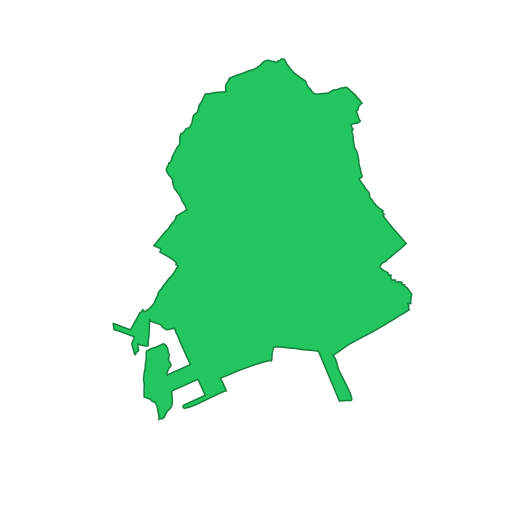 Fruntiseni, Vaslui, Romania, rotated 244°
{"feature_id": "2599482B75972445182391", "entity_name": "Fruntiseni", "entity_type": "district", "adm_level": 2, "iso_a3": "ROU", "parent_name": "Romania", "parent_adm1": "Vaslui", "projection": "mercator", "projection_center": [27.757, 46.208], "detail": "fine", "context": "isolated", "style": "filled", "palette": "green", "viewbox_px": 512, "rotation_deg": 244, "n_neighbors": 0, "source": "geoboundaries", "source_scale": "gbopen_adm2", "svg_char_len": 6129}
<svg xmlns="http://www.w3.org/2000/svg" viewBox="0 0 512 512"><g transform="rotate(244 256 256)"><path d="M423.5,280.8L421.3,278.3L419.6,276.0L418.4,274.9L417.9,273.4L416.2,270.7L413.6,268.7L411.2,266.6L409.7,261.4L406.6,258.8L403.8,256.9L401.1,253.4L400.6,252.3L401.0,249.0L399.4,246.0L398.6,243.8L398.8,241.8L395.7,239.3L390.4,236.6L389.2,235.2L388.4,233.1L382.7,225.2L380.9,223.2L380.3,222.9L378.3,220.8L377.6,219.0L377.9,218.6L376.4,217.3L374.1,214.1L373.4,213.6L371.8,212.8L371.3,212.8L366.5,213.2L363.7,214.2L361.2,214.2L359.2,213.9L359.4,213.7L358.8,213.4L355.3,212.6L353.0,212.3L343.8,213.9L340.4,213.9L338.7,213.7L334.0,214.1L333.1,214.3L332.1,214.4L330.4,214.3L327.8,213.9L326.8,201.8L325.2,200.4L324.0,199.0L323.3,197.8L322.7,196.0L320.6,191.9L318.3,187.9L318.1,186.5L317.1,183.9L310.1,168.8L309.1,169.5L308.3,169.9L308.1,170.4L307.3,171.2L306.2,171.8L305.3,173.0L304.6,173.5L304.1,173.5L303.8,173.3L302.4,172.0L301.5,171.4L301.2,171.4L300.4,172.6L299.4,172.9L295.4,175.8L290.3,179.0L287.3,180.6L284.4,181.5L283.6,180.2L281.3,181.6L278.4,177.2L275.6,172.5L275.1,171.5L273.7,167.5L272.6,165.2L271.9,164.2L270.1,160.2L268.1,156.8L266.9,153.9L265.7,152.1L265.0,151.3L263.9,150.6L262.1,148.2L258.2,143.6L257.5,142.4L256.3,139.3L255.4,136.5L255.1,134.9L254.9,132.9L254.9,131.3L257.4,130.7L255.6,127.7L256.1,127.1L244.7,110.8L252.4,103.4L257.1,99.1L257.8,98.0L254.6,96.9L252.0,96.2L249.1,99.4L236.8,111.1L234.5,109.0L232.5,106.9L231.9,105.9L220.7,103.8L220.3,104.2L220.5,104.9L221.6,105.6L222.2,107.6L222.3,108.9L223.8,109.5L226.8,110.3L228.0,110.8L228.5,111.2L226.5,113.4L224.3,116.2L222.5,119.1L222.8,119.7L225.0,121.0L226.3,121.6L232.0,125.3L241.9,130.6L244.2,131.7L245.1,132.4L244.7,132.4L243.9,132.6L243.2,133.1L236.9,139.3L235.1,140.4L234.4,140.7L232.9,140.8L229.6,142.7L228.6,143.8L227.5,148.3L227.0,150.7L226.9,150.9L225.4,151.0L222.7,150.6L216.0,150.6L213.0,150.1L187.2,149.4L188.0,124.0L188.3,124.0L189.8,124.6L190.3,125.1L192.7,127.8L193.5,129.0L194.3,131.1L194.7,131.5L196.3,132.0L197.3,132.1L199.6,131.8L201.0,131.9L202.6,132.7L205.3,134.8L208.4,135.0L210.4,135.8L212.5,136.0L215.0,135.9L216.6,135.2L217.7,134.4L217.9,126.2L218.7,122.0L218.6,116.1L217.3,114.9L213.8,113.3L209.8,111.0L208.1,109.5L205.4,108.3L199.4,103.9L193.7,100.4L190.9,99.8L188.5,98.8L184.3,96.4L182.1,95.6L180.7,94.6L179.6,94.3L179.1,94.3L178.3,93.7L174.2,97.6L172.6,98.6L171.3,98.8L168.4,101.1L165.1,101.2L163.3,100.9L154.8,98.6L152.9,97.9L151.7,97.1L151.8,97.9L151.6,99.0L150.9,99.8L151.1,102.6L153.6,105.5L155.5,108.8L156.3,111.4L157.1,113.0L159.0,115.3L163.0,117.7L166.3,118.8L171.6,121.2L170.6,149.6L167.8,149.7L164.8,149.6L153.1,149.3L153.6,125.5L153.2,124.9L152.5,124.4L151.6,124.2L150.2,125.0L150.0,128.4L149.4,128.8L148.7,136.8L148.5,163.5L148.2,168.7L148.1,169.8L147.9,170.1L149.7,170.4L158.7,170.5L161.5,170.1L161.7,171.2L161.7,172.7L161.1,179.6L160.9,185.4L160.3,193.6L158.6,208.8L157.5,215.6L156.0,222.6L155.7,223.6L155.4,224.0L155.2,224.0L155.9,224.8L160.4,227.2L162.0,228.3L165.9,231.5L166.0,231.8L165.4,234.2L164.4,236.5L163.0,239.0L159.5,244.2L155.7,250.7L150.7,257.8L148.0,262.7L143.1,270.4L89.1,267.4L85.4,276.4L84.7,277.1L84.5,277.5L84.7,278.8L85.2,279.2L86.3,279.8L91.2,280.5L102.2,280.7L116.3,280.4L120.0,280.8L124.6,281.8L128.3,282.3L132.9,281.8L133.8,288.3L135.3,297.0L135.7,299.9L136.0,304.8L136.4,315.5L136.7,326.6L137.6,340.6L138.1,344.1L138.8,353.6L139.3,356.9L140.0,366.0L140.6,370.3L141.3,370.2L143.3,370.6L144.0,371.4L144.9,371.7L146.5,371.5L146.7,372.4L145.5,373.8L145.3,374.2L145.4,374.4L146.6,374.6L150.7,377.2L153.5,379.3L161.2,377.9L162.4,377.0L163.5,376.6L163.9,376.5L165.0,376.9L165.6,375.6L166.0,375.1L166.7,374.8L167.4,375.0L167.8,375.5L168.6,375.6L168.8,375.1L169.5,374.1L170.3,373.2L170.3,372.8L169.8,372.2L170.1,371.5L172.7,370.3L173.7,370.5L174.0,369.1L174.7,368.1L175.4,367.4L177.7,367.7L178.6,368.1L179.0,368.9L179.8,368.8L180.0,368.6L180.1,367.7L180.6,367.2L181.6,366.9L182.5,367.2L183.0,367.2L184.5,366.3L186.5,364.7L188.2,363.8L190.4,362.8L192.4,362.5L193.2,364.0L194.1,366.3L194.3,367.8L194.3,370.6L194.4,371.1L195.0,371.9L195.5,373.3L195.6,374.4L195.8,375.5L198.0,383.9L199.3,389.6L201.4,396.5L224.7,390.3L236.9,387.7L237.0,389.5L240.7,388.8L240.9,390.1L245.2,387.6L248.7,386.1L250.7,385.9L251.5,385.4L252.8,385.3L253.5,385.0L256.3,384.9L256.7,384.1L257.3,384.2L259.1,384.2L260.3,384.3L261.7,385.0L263.0,385.3L264.1,385.3L268.5,384.0L269.8,384.0L279.7,382.4L280.0,382.5L280.2,382.9L280.5,385.4L280.8,386.1L281.1,386.4L281.8,386.6L285.2,386.9L289.1,388.2L289.7,388.1L293.5,388.8L297.0,390.4L300.9,391.3L302.0,391.8L306.2,392.4L310.1,392.1L311.5,392.4L317.0,394.1L322.7,396.2L324.6,396.4L326.6,397.0L326.8,398.3L327.1,398.7L327.4,398.8L328.3,398.6L331.9,398.6L332.4,400.9L331.9,402.2L331.7,403.4L330.8,405.4L331.3,408.5L331.5,408.9L333.2,408.7L336.1,408.8L339.2,409.4L342.2,409.5L342.4,410.1L342.4,411.2L344.6,413.2L345.6,414.4L346.4,415.9L346.8,418.3L352.1,417.2L353.2,416.5L357.7,415.8L359.2,414.7L360.1,414.8L362.3,413.6L363.9,413.0L365.2,412.8L367.2,411.7L368.3,410.7L368.7,408.9L369.6,406.3L370.0,402.1L371.3,398.2L371.3,396.3L370.9,395.3L370.8,392.2L372.8,387.1L374.6,382.0L375.5,380.4L377.2,379.1L378.6,378.5L380.3,378.4L382.2,377.9L384.4,377.2L387.8,376.7L390.5,377.2L391.9,377.0L396.3,374.6L397.0,373.6L398.1,373.2L399.0,373.2L400.1,372.3L404.9,370.1L406.1,369.9L409.6,368.7L411.3,368.8L412.2,368.7L413.5,368.1L415.1,367.8L415.9,367.9L420.2,367.8L421.0,367.0L421.7,365.9L421.9,365.2L421.8,364.5L421.6,363.9L421.3,362.8L421.6,361.6L421.6,361.0L421.3,360.3L421.2,359.7L421.5,358.4L422.7,357.7L423.2,357.1L423.9,355.7L426.1,353.5L426.6,352.8L427.2,350.6L427.3,349.2L427.0,346.7L426.0,344.6L425.7,343.7L425.2,341.5L425.3,340.8L424.7,339.1L424.8,338.6L424.7,337.0L424.9,336.1L424.8,333.7L425.6,331.8L425.8,330.0L425.8,327.6L426.2,322.5L427.0,318.2L427.0,316.1L427.5,310.2L426.3,309.7L426.7,309.1L426.6,308.9L426.3,308.7L426.1,308.3L425.8,307.9L424.8,307.1L423.8,304.8L422.5,303.5L421.0,302.6L419.5,302.1L418.1,301.4L416.9,301.4L418.3,297.1L418.7,296.0L419.3,295.1L421.0,290.4L422.4,285.1L423.2,283.2L423.6,282.0L423.5,280.8Z" fill="#22c55e" stroke="#15803d" stroke-width="1.5"/></g></svg>